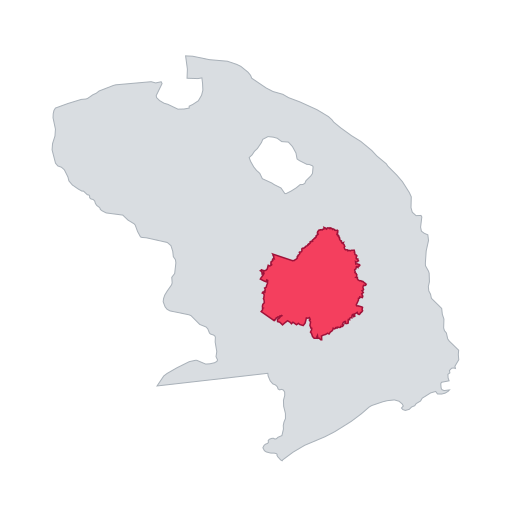 Pixley ka Seme, Northern Cape, South Africa shown in context, rotated 264°
{"feature_id": "47623444B63696254381244", "entity_name": "Pixley ka Seme", "entity_type": "district", "adm_level": 2, "iso_a3": "ZAF", "parent_name": "South Africa", "parent_adm1": "Northern Cape", "projection": "natural_earth1", "projection_center": [24.003, -30.211], "detail": "fine", "context": "in_parent", "style": "filled", "palette": "rose", "viewbox_px": 512, "rotation_deg": 264, "n_neighbors": 0, "source": "geoboundaries", "source_scale": "gbopen_adm2", "svg_char_len": 9633}
<svg xmlns="http://www.w3.org/2000/svg" viewBox="0 0 512 512"><g transform="rotate(264 256 256)"><path d="M369.3,66.3L382.9,64.3L389.0,65.4L396.3,68.6L403.1,69.8L414.7,68.6L418.7,69.2L421.9,70.3L424.1,72.0L427.3,84.8L430.0,98.6L429.9,103.0L430.2,104.8L433.4,110.6L434.6,114.2L436.5,117.2L440.5,131.9L440.9,134.4L440.3,170.0L438.6,174.3L439.2,179.9L437.3,180.6L425.9,173.5L423.9,173.7L420.6,176.4L417.5,180.6L416.1,184.1L410.2,193.7L409.7,199.8L410.1,205.0L412.0,205.2L413.3,208.9L416.4,214.9L421.6,218.7L426.5,220.5L433.3,220.9L438.8,220.8L438.5,216.8L440.0,206.0L449.0,207.3L462.4,206.9L461.3,213.9L456.2,229.9L452.7,247.9L448.5,257.0L446.2,260.7L439.6,267.3L436.2,269.5L433.3,270.3L422.0,283.7L417.8,290.1L414.0,299.6L410.2,304.7L404.7,315.7L395.1,332.0L387.0,342.7L383.5,345.8L381.1,347.2L374.8,353.4L365.8,363.4L359.0,372.2L348.8,382.2L342.9,386.6L334.1,395.2L331.6,396.5L321.7,404.5L314.6,409.4L303.1,415.1L298.6,416.6L287.8,415.2L283.2,416.0L279.4,419.4L279.1,424.3L277.5,425.0L267.5,422.7L263.4,423.1L261.0,425.7L259.1,429.1L253.4,429.2L243.3,425.8L231.3,423.7L228.6,423.5L222.8,426.0L220.7,426.4L212.3,425.8L207.6,424.2L203.2,424.2L199.7,425.6L195.6,426.0L184.4,435.2L178.6,435.2L173.6,436.3L164.8,435.1L162.1,435.6L159.5,437.3L153.5,438.0L151.2,439.3L141.1,447.7L136.9,446.9L131.6,446.8L125.6,442.3L123.3,442.6L123.9,441.2L124.0,438.9L121.9,436.4L119.5,436.6L118.3,434.5L114.7,434.3L111.7,435.0L111.0,427.2L109.6,426.4L106.0,426.3L104.3,426.5L103.5,427.2L102.5,429.0L102.6,434.4L101.3,432.9L99.8,429.6L99.3,426.2L99.8,422.1L102.5,420.5L101.6,415.4L97.2,406.4L94.6,404.5L92.5,399.9L90.5,398.2L89.6,395.0L87.5,392.4L86.8,388.4L87.9,386.0L89.6,384.8L91.4,386.8L93.5,386.0L96.6,383.1L98.4,378.6L98.4,371.4L97.8,367.0L95.2,355.5L94.0,352.8L88.2,344.5L81.6,333.5L73.1,316.1L69.0,305.6L62.6,284.5L57.1,272.5L50.5,261.3L49.6,260.6L50.6,259.2L54.0,256.7L55.6,256.0L56.5,256.3L57.3,255.6L58.0,253.8L58.5,249.9L60.1,245.7L61.5,244.0L64.6,242.8L66.9,244.3L67.9,245.9L68.4,247.9L69.4,248.9L71.1,248.8L72.3,250.0L73.0,252.6L72.9,254.4L72.0,255.6L72.1,257.1L73.4,258.9L74.7,263.0L81.0,265.2L84.6,265.4L88.0,266.5L91.2,268.3L96.4,268.8L103.6,267.8L109.6,268.2L114.3,270.0L117.7,270.3L119.8,269.2L120.7,267.6L120.4,265.5L121.4,264.1L123.8,263.5L125.7,261.9L127.1,259.3L130.3,257.1L135.5,255.5L138.1,255.5L137.1,144.0L146.3,151.7L148.5,155.3L153.1,165.7L157.9,178.6L158.6,184.8L158.5,186.1L153.8,194.6L153.6,198.8L154.2,203.7L155.3,206.1L156.7,206.9L160.0,205.7L165.0,207.0L174.7,206.4L179.5,207.1L180.7,206.7L181.8,205.6L183.1,202.7L184.2,201.7L188.7,200.4L190.7,198.8L193.8,192.9L203.4,185.2L204.5,183.3L210.4,164.7L212.3,162.0L214.9,160.3L220.2,158.9L223.3,159.6L226.7,161.2L230.4,164.0L236.1,169.0L238.0,169.8L243.6,170.0L247.1,173.3L257.6,175.6L260.7,175.5L264.0,173.7L269.4,173.7L275.2,172.5L278.7,169.2L285.6,148.8L286.4,144.4L287.1,143.1L292.7,140.8L299.4,139.1L300.8,138.1L305.0,132.5L310.6,127.8L314.5,111.5L317.0,107.7L318.6,106.0L319.6,106.0L321.0,105.0L322.8,103.0L325.0,101.8L327.6,101.3L329.2,100.0L330.0,97.8L331.3,96.7L333.1,96.8L334.2,96.1L334.5,94.7L338.6,91.2L338.7,89.7L341.1,86.3L345.8,80.8L350.2,77.8L354.3,77.2L361.8,74.4L364.6,71.8L366.3,68.3L369.3,66.3ZM354.3,306.5L361.0,303.7L365.9,300.1L367.1,293.5L370.9,289.4L372.4,285.6L373.5,280.4L371.3,274.9L368.3,273.3L362.7,268.6L360.3,265.4L357.0,262.7L354.6,259.5L350.7,260.5L344.7,263.1L341.0,265.5L337.8,268.4L332.2,270.4L326.9,279.4L325.2,281.4L321.0,288.0L315.1,291.2L314.9,292.4L316.9,297.7L319.5,303.0L322.4,307.4L322.2,310.1L323.2,312.2L325.7,313.6L330.0,319.0L332.2,320.8L338.8,322.1L339.7,321.7L341.5,318.5L341.8,316.2L346.3,309.2L348.2,307.0L354.3,306.5Z" fill="#d9dde1" stroke="#a8b0b8" stroke-width="1"/><path d="M250.4,354.4L251.5,354.3L251.7,351.2L251.3,350.2L251.8,349.5L252.0,348.4L251.6,348.0L252.6,347.5L252.8,345.6L253.6,345.0L255.3,344.6L256.3,345.1L256.4,345.3L256.7,345.1L258.3,344.7L259.3,343.7L260.2,344.3L259.9,342.9L261.1,342.4L261.1,342.5L261.7,342.4L261.9,342.6L262.1,342.5L262.3,342.0L262.6,341.6L263.7,340.9L265.0,341.1L265.4,340.6L265.7,340.9L266.1,340.8L266.5,340.4L266.8,340.2L267.4,340.3L267.5,339.9L267.8,340.2L268.0,340.0L268.0,339.7L268.4,339.4L268.7,339.4L268.8,339.1L268.7,339.0L268.8,338.7L269.1,338.7L270.3,339.4L270.3,339.6L270.7,339.7L270.8,339.4L272.4,340.1L273.2,339.5L273.0,339.0L273.2,337.5L273.5,336.9L273.9,337.0L274.7,336.0L274.9,335.3L274.5,334.8L274.9,334.6L275.1,334.6L275.7,334.0L276.1,333.1L275.7,333.1L275.4,332.4L276.3,331.6L276.2,331.4L276.3,331.2L276.2,330.9L276.4,330.5L276.5,329.9L276.3,329.8L276.1,329.5L275.3,329.0L275.7,328.4L276.6,327.9L277.3,326.6L276.7,326.7L276.3,326.5L276.2,326.4L275.7,326.4L275.6,326.2L275.6,325.6L275.4,325.1L275.5,324.7L275.4,324.5L275.1,324.5L275.2,324.1L275.1,323.3L275.4,323.0L275.4,322.8L275.1,322.5L275.0,321.9L275.3,321.5L274.9,321.1L274.1,320.4L274.1,320.1L273.7,319.9L273.6,320.0L272.8,319.5L272.4,319.7L271.9,319.5L271.7,319.9L271.2,320.1L270.7,319.5L270.6,319.1L270.0,318.3L269.7,318.2L269.5,317.7L268.9,317.9L268.4,317.7L268.2,317.3L267.5,316.5L267.5,316.3L267.7,316.2L267.1,315.4L266.8,315.3L266.5,315.0L266.0,313.9L265.3,313.4L264.9,313.4L264.7,313.6L264.5,313.0L264.7,312.8L264.8,312.2L264.5,311.3L264.2,311.2L263.7,311.5L263.3,311.4L263.1,310.9L262.8,310.7L262.3,310.2L262.6,309.8L262.5,309.4L262.0,309.2L261.8,308.7L261.7,308.7L261.4,308.9L261.2,308.8L261.1,308.2L260.7,307.8L260.7,307.4L260.5,306.6L259.6,306.1L259.7,305.5L259.1,305.1L259.1,304.6L258.6,304.1L258.7,303.6L258.9,303.3L258.6,302.5L257.5,302.2L256.8,302.3L255.6,301.8L255.3,300.8L255.4,299.8L255.3,299.6L255.0,299.5L254.8,299.9L253.9,299.9L253.3,299.4L252.8,298.9L252.4,297.9L252.2,297.8L251.8,297.9L251.3,297.6L251.3,297.2L251.2,297.0L250.2,296.8L249.7,296.9L249.6,296.7L249.0,296.2L248.4,295.1L248.1,294.3L247.5,293.7L247.6,292.3L247.4,292.1L256.1,273.0L255.7,273.2L255.5,273.3L255.2,273.6L255.1,273.4L255.1,273.0L254.9,273.0L254.7,273.1L254.8,273.3L254.8,273.5L254.3,273.3L253.3,273.6L253.1,273.5L252.3,273.6L252.1,273.5L251.4,273.7L251.6,273.2L251.6,272.8L251.3,272.6L250.9,272.1L250.4,272.1L250.0,272.3L249.6,272.1L249.1,271.2L249.0,270.8L248.6,270.4L248.4,270.5L248.1,270.2L247.7,270.2L246.8,270.2L246.5,269.9L246.3,270.1L245.9,270.1L245.8,270.7L245.6,270.7L245.4,270.5L244.9,269.2L244.7,269.0L244.6,268.6L245.5,267.2L243.5,266.4L243.3,266.5L242.3,265.9L241.7,265.7L240.7,264.2L240.6,263.4L240.6,263.2L240.3,262.7L240.2,262.1L240.8,261.9L240.8,261.5L241.0,260.8L241.5,260.5L241.5,260.3L241.7,260.1L240.9,258.8L239.9,260.1L237.5,260.2L237.8,260.7L238.8,261.9L238.0,262.2L236.5,261.3L235.7,260.5L235.0,260.0L234.1,259.0L232.6,257.9L230.3,261.4L229.3,263.4L231.1,264.2L230.5,265.1L229.6,264.9L227.3,264.5L225.7,263.5L224.0,263.0L223.2,261.2L222.6,261.5L221.0,261.6L220.1,260.5L219.6,261.2L218.8,261.0L218.9,260.1L219.3,258.8L218.5,258.4L218.3,259.2L216.9,260.0L216.1,260.0L214.1,259.5L213.6,259.5L212.8,258.9L211.6,259.4L210.6,259.4L208.6,259.4L207.8,258.3L206.9,257.6L205.4,257.1L203.7,257.1L203.5,257.5L203.3,257.0L201.8,256.9L200.2,255.3L189.8,267.3L189.9,267.7L190.3,267.4L190.7,267.5L190.9,268.4L191.1,268.8L191.5,269.1L192.3,269.6L192.7,270.7L193.2,271.4L193.2,271.7L192.8,272.1L192.8,272.3L193.0,272.8L193.6,273.1L193.7,273.4L194.0,273.7L193.8,274.6L194.2,275.2L193.9,275.5L193.3,274.1L191.7,272.6L190.9,270.7L188.5,270.6L187.7,272.7L184.7,275.2L186.2,277.2L188.3,280.6L186.6,282.9L184.9,284.2L186.3,285.8L183.4,289.1L184.6,291.1L183.3,292.4L181.9,295.7L184.1,297.8L187.0,298.9L189.1,299.6L188.7,301.2L189.2,302.7L187.3,303.3L186.7,302.3L184.7,303.4L181.3,302.4L179.2,303.0L178.7,302.9L178.3,303.9L176.6,303.5L174.6,302.2L173.2,303.1L170.0,303.8L168.1,305.2L167.8,308.4L169.2,308.0L170.5,308.8L167.7,308.9L167.6,310.3L165.9,311.7L165.8,312.6L168.9,312.8L169.5,312.7L170.3,314.6L170.7,317.0L171.7,319.1L170.8,320.5L172.5,321.9L173.6,323.8L174.6,324.7L176.1,325.2L175.3,326.4L175.7,327.5L176.4,327.7L175.8,329.1L176.2,329.6L176.7,329.5L176.6,330.3L176.2,331.2L176.2,331.6L176.2,332.7L177.2,333.0L176.9,334.7L178.3,335.9L178.8,334.8L180.9,335.9L181.3,336.8L181.7,337.9L181.5,338.1L179.7,337.5L179.3,338.9L179.5,340.5L180.9,340.9L182.3,340.9L183.2,341.2L182.8,342.5L184.0,342.5L184.5,343.0L184.7,343.6L184.5,345.0L186.1,345.0L187.4,345.6L187.6,345.8L187.4,346.1L185.4,346.8L185.8,348.0L187.1,347.8L187.7,347.3L187.9,347.2L188.2,348.5L188.8,349.9L189.1,350.1L189.4,350.8L187.9,351.2L187.5,351.9L187.4,351.8L187.0,352.5L187.8,353.6L188.8,354.0L188.8,354.8L190.4,356.3L192.0,355.9L193.6,356.6L193.8,356.6L194.2,356.1L195.0,354.3L195.3,353.1L195.6,353.0L195.9,350.9L196.9,350.6L201.4,353.3L203.2,353.5L203.2,354.6L204.5,354.9L203.5,357.4L204.4,357.9L204.8,357.9L204.9,357.7L205.2,357.6L205.3,357.9L207.4,357.2L208.4,358.9L209.6,358.3L210.5,357.8L210.9,359.1L211.5,359.5L213.4,359.0L214.9,359.5L215.6,360.0L215.3,360.5L215.3,361.4L215.4,361.9L215.7,361.9L216.1,362.4L216.4,362.6L216.6,362.1L216.9,362.1L217.4,361.8L218.2,360.8L219.7,359.5L219.5,358.8L220.5,357.7L220.5,356.5L221.5,355.1L222.5,354.5L224.0,354.6L223.9,354.1L224.3,353.3L224.4,353.6L226.3,354.2L226.9,354.3L227.2,353.9L228.2,353.8L228.7,353.0L229.3,352.6L229.8,353.0L231.7,352.6L232.2,352.8L232.7,354.0L233.2,354.1L234.2,354.6L234.8,354.6L235.0,355.0L234.0,356.1L234.7,356.2L234.5,356.6L235.7,358.2L236.1,358.3L236.7,357.9L236.7,357.1L237.5,356.4L237.5,355.7L237.9,354.6L237.8,354.4L239.9,354.4L239.5,354.8L239.5,355.1L239.8,356.2L240.1,356.5L240.5,357.4L241.3,357.0L242.5,356.9L242.4,356.2L242.8,355.4L244.4,355.6L244.7,355.7L244.9,356.0L245.4,356.2L245.4,355.9L245.8,356.1L246.6,355.7L246.7,355.4L246.8,354.9L247.2,354.6L249.3,354.5L249.0,353.8L249.7,354.5L250.4,354.4Z" fill="#f43f5e" stroke="#9f1239" stroke-width="1.5"/></g></svg>